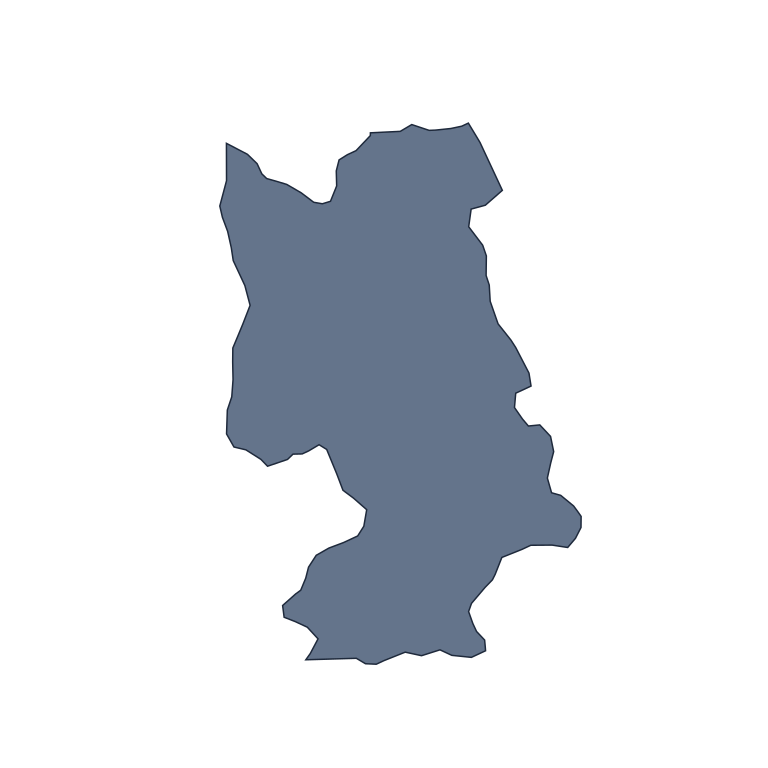 Yangpyeong-gun, Gyeonggi, South Korea (Robinson projection), rotated 245°
{"feature_id": "91817680B89058224266184", "entity_name": "Yangpyeong-gun", "entity_type": "district", "adm_level": 2, "iso_a3": "KOR", "parent_name": "South Korea", "parent_adm1": "Gyeonggi", "projection": "robinson", "projection_center": [127.569, 37.511], "detail": "fine", "context": "isolated", "style": "filled", "palette": "slate", "viewbox_px": 768, "rotation_deg": 245, "n_neighbors": 0, "source": "geoboundaries", "source_scale": "gbopen_adm2", "svg_char_len": 1705}
<svg xmlns="http://www.w3.org/2000/svg" viewBox="0 0 768 768"><g transform="rotate(245 384 384)"><path d="M358.7,243.7L356.4,264.7L358.9,271.9L355.2,280.3L355.2,287.5L356.4,299.5L348.9,304.4L322.6,303.2L305.0,301.9L293.7,308.0L277.4,315.2L263.6,305.6L257.4,295.9L257.4,280.3L258.6,264.7L257.4,250.2L249.9,238.2L241.1,231.0L232.3,221.4L231.1,215.3L226.1,198.5L214.8,194.9L206.0,203.3L196.0,211.7L180.9,216.5L170.9,203.3L167.1,196.6L147.1,243.0L138.3,249.0L133.3,258.6L133.3,267.1L132.0,289.9L121.9,303.2L119.4,322.4L109.4,330.8L99.3,347.7L99.3,363.3L102.2,364.4L109.4,367.0L120.6,363.3L129.4,363.3L142.0,364.5L148.2,370.6L157.0,389.8L160.7,399.5L164.5,404.3L177.0,417.5L175.8,439.2L175.8,448.9L167.0,468.2L158.2,481.4L163.2,492.3L170.7,501.9L180.7,506.7L186.9,505.6L193.3,504.3L208.4,497.1L214.6,489.9L229.7,492.3L242.2,501.9L251.0,509.2L266.1,512.8L281.1,507.9L284.9,497.1L293.7,494.7L307.5,492.3L320.0,499.5L320.0,516.4L332.6,520.0L361.4,518.8L370.2,517.6L390.3,512.8L414.1,515.2L429.2,521.2L439.2,522.4L456.8,530.9L468.1,532.1L490.7,527.2L505.7,536.9L503.2,551.4L509.5,573.1L562.2,573.1L570.0,572.3L584.8,570.7L584.8,563.4L587.3,552.6L592.3,538.1L594.8,532.1L607.4,518.8L606.1,505.5L617.4,477.8L614.9,476.6L607.3,457.3L607.3,447.7L606.1,438.0L597.3,430.8L583.5,424.8L572.2,412.7L573.4,404.3L578.4,397.1L592.2,389.8L606.0,380.2L613.5,371.8L619.8,364.5L626.1,362.1L637.3,362.1L649.9,357.3L668.7,342.9L634.8,327.2L614.7,310.4L603.4,308.0L588.4,306.8L572.1,303.2L559.5,299.5L532.0,299.5L511.9,295.9L498.1,281.5L489.3,271.9L480.5,262.2L468.0,256.2L451.7,249.0L436.7,240.6L426.6,231.0L405.3,220.2L390.3,221.4L382.7,231.0L367.7,240.6L358.7,243.7Z" fill="#64748b" stroke="#1e293b" stroke-width="1.5"/></g></svg>